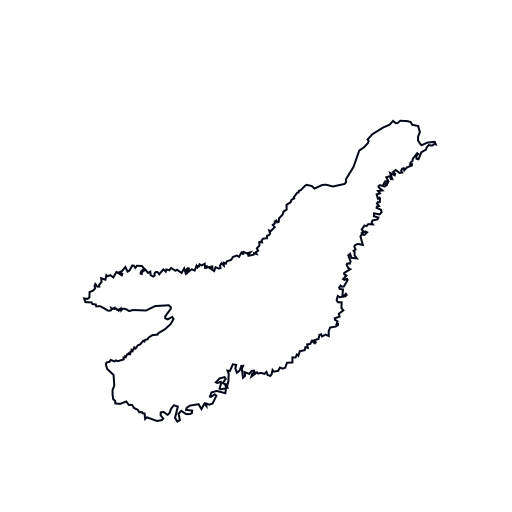 Seate, Mokhotlong, Lesotho, rotated 39°
{"feature_id": "5366337B91839727568065", "entity_name": "Seate", "entity_type": "district", "adm_level": 2, "iso_a3": "LSO", "parent_name": "Lesotho", "parent_adm1": "Mokhotlong", "projection": "equal_earth", "projection_center": [28.771, -29.06], "detail": "fine", "context": "isolated", "style": "outline", "palette": "ink", "viewbox_px": 512, "rotation_deg": 39, "n_neighbors": 0, "source": "geoboundaries", "source_scale": "gbopen_adm2", "svg_char_len": 6120}
<svg xmlns="http://www.w3.org/2000/svg" viewBox="0 0 512 512"><g transform="rotate(39 256 256)"><path d="M309.9,409.3L308.8,403.1L311.9,403.8L310.2,402.0L313.3,400.9L315.1,397.9L313.1,389.5L310.9,389.6L309.7,393.9L308.6,394.3L307.3,390.0L310.4,385.6L318.5,381.9L316.7,378.9L315.3,378.5L312.4,381.9L311.1,382.0L309.2,377.3L307.7,376.0L306.0,379.0L304.3,379.4L304.7,374.1L307.8,369.9L309.8,370.5L310.1,375.5L312.8,375.3L316.1,377.2L316.9,376.3L313.7,374.4L314.8,373.9L313.6,371.1L308.9,364.7L306.0,363.0L308.1,361.9L306.2,354.7L309.2,353.1L310.7,356.4L314.6,358.7L315.4,355.2L313.8,350.8L315.1,349.5L315.9,352.5L322.5,358.8L322.9,356.0L320.2,353.4L324.9,351.9L324.9,348.0L326.7,346.3L327.9,347.0L327.2,350.0L328.3,352.6L330.0,345.8L331.5,346.1L333.7,343.5L336.8,342.3L337.0,339.5L339.9,341.2L342.6,340.2L342.6,338.1L340.6,334.2L342.6,334.6L345.5,331.4L344.8,327.6L347.4,326.9L349.0,324.5L347.3,319.5L351.3,315.8L348.1,311.9L350.6,310.0L349.8,306.8L351.7,306.9L350.0,302.4L353.1,298.5L351.8,295.7L354.1,294.8L351.4,292.5L353.5,290.2L352.8,286.9L356.7,286.8L356.7,285.4L354.0,285.2L356.8,281.2L354.9,277.3L355.8,275.9L357.9,277.0L359.5,273.3L362.9,272.4L359.9,268.8L358.6,265.0L362.3,260.7L363.2,258.1L362.5,257.1L361.4,258.1L360.5,255.5L357.6,255.9L356.4,254.9L359.1,250.5L356.7,248.8L358.1,243.3L355.2,242.7L351.7,238.1L348.7,240.4L346.4,239.5L344.7,235.6L347.1,235.3L350.8,231.0L351.0,229.3L349.6,228.8L349.4,231.5L348.1,232.4L344.7,227.3L341.8,228.9L340.5,228.2L340.3,225.8L342.0,225.9L343.5,224.3L342.3,216.9L341.1,216.5L339.7,219.0L338.2,219.1L338.6,214.3L336.1,214.7L335.2,213.6L337.6,206.9L335.3,207.3L331.9,205.8L331.6,204.4L333.7,202.9L332.9,200.7L327.3,197.4L327.7,195.1L331.5,197.3L335.9,194.4L332.3,193.5L330.2,190.9L328.6,190.6L329.3,188.3L326.4,186.7L326.2,184.9L327.8,182.3L332.1,180.2L324.8,175.0L324.6,172.9L327.0,171.3L327.4,167.7L325.5,168.2L323.6,172.4L323.8,169.2L321.5,168.9L321.1,164.1L323.1,163.1L323.2,160.6L326.9,157.9L324.9,157.4L324.2,155.0L327.4,151.1L326.9,149.1L322.6,150.9L320.9,148.5L325.9,145.9L326.1,143.0L324.0,141.4L319.5,142.7L318.8,141.6L320.2,139.7L316.9,139.1L316.7,137.6L318.3,136.3L316.1,133.1L315.4,132.9L314.8,134.8L311.0,132.2L312.9,129.3L309.9,128.7L313.0,125.5L308.0,125.4L307.2,124.5L307.8,122.9L312.2,121.0L313.0,118.6L312.4,116.5L310.0,119.8L309.3,116.9L311.6,114.5L307.7,112.8L309.8,109.7L312.4,111.4L313.6,110.5L308.0,107.1L313.0,106.0L312.5,104.7L309.7,104.4L310.5,101.2L315.2,101.1L317.1,99.2L315.0,98.2L314.7,96.1L315.6,94.8L317.3,96.1L317.6,92.1L320.2,87.6L319.5,86.5L318.2,87.8L317.3,86.2L317.8,83.6L316.7,81.9L316.6,74.7L317.8,74.6L317.7,77.5L319.6,79.4L321.4,78.6L319.2,71.3L321.2,66.2L320.3,64.4L320.5,61.0L323.3,59.5L324.0,56.9L325.5,56.1L323.0,54.8L317.8,60.1L315.0,65.7L312.9,65.5L309.1,64.2L306.8,61.1L305.4,56.6L300.2,52.9L295.0,55.7L291.7,54.6L288.5,56.1L283.0,60.1L282.4,63.6L280.9,64.9L277.5,64.7L277.2,69.9L274.0,76.0L269.8,88.1L269.4,95.2L271.2,95.8L271.9,97.7L271.6,103.2L269.9,109.1L275.7,125.4L277.6,139.8L279.6,142.1L279.4,144.4L272.0,153.6L265.6,156.5L262.8,159.1L259.0,166.8L255.4,166.5L250.6,168.8L250.0,170.2L249.3,176.7L248.3,178.6L249.1,179.9L248.2,180.9L248.4,186.6L249.5,187.2L248.2,189.8L249.1,192.5L247.5,196.9L250.6,200.7L249.4,204.0L250.6,207.1L250.2,212.2L252.2,215.3L251.2,216.6L249.4,215.7L248.8,217.4L250.1,218.9L249.5,221.3L252.4,221.8L251.8,227.3L250.2,227.9L252.8,229.6L253.0,231.6L251.8,233.2L253.3,235.4L250.6,238.0L250.6,240.5L252.1,241.6L249.8,243.0L252.1,245.8L251.8,249.5L254.3,250.5L253.4,253.4L255.2,254.1L252.6,255.2L253.3,256.5L250.0,260.6L249.1,260.0L249.3,256.7L247.0,259.8L243.7,260.6L243.4,261.6L245.5,262.7L242.5,262.4L243.4,267.3L240.9,267.6L238.7,271.1L239.1,274.6L236.6,278.8L237.4,280.9L235.2,281.5L237.1,283.7L233.7,283.4L234.1,286.2L236.0,287.6L235.0,289.2L231.6,290.2L233.0,294.0L227.7,294.5L229.7,292.8L228.6,291.6L225.2,295.7L223.6,294.3L224.7,296.8L224.0,297.3L221.0,294.3L219.8,297.5L217.4,298.0L218.2,299.8L217.4,300.2L217.7,301.6L215.9,300.9L217.5,305.9L214.4,306.8L213.4,310.9L211.5,307.9L210.5,308.6L210.5,310.2L213.3,312.7L212.9,314.1L208.0,310.9L208.8,316.0L203.3,316.4L202.7,318.1L197.5,318.8L197.7,321.6L194.8,322.9L195.7,324.9L192.4,324.7L192.3,331.1L189.7,330.4L188.2,331.5L188.1,333.3L189.6,335.2L188.9,336.8L186.0,337.1L183.7,334.7L182.7,337.1L178.6,336.2L177.5,340.4L178.5,341.9L177.3,342.3L176.5,340.7L176.9,336.2L173.6,335.6L169.6,338.5L169.7,341.1L167.0,340.4L165.8,341.2L166.8,347.1L166.0,349.0L161.4,346.8L161.4,351.8L159.7,355.1L163.2,353.9L163.9,355.5L157.6,356.2L158.6,362.5L154.9,362.6L153.3,365.2L151.8,365.1L153.9,369.2L149.7,370.7L152.2,373.2L152.3,377.2L153.5,378.4L151.9,379.7L148.8,378.9L149.3,380.8L151.4,382.5L151.3,385.0L149.4,388.8L152.6,393.1L152.0,395.5L149.1,397.1L152.5,399.2L157.5,395.5L159.1,396.3L162.0,394.5L163.5,395.7L166.6,393.0L175.7,391.5L177.4,389.7L177.5,388.1L176.4,387.5L177.8,387.3L178.7,385.3L179.4,386.1L180.5,384.8L182.2,385.3L182.9,384.0L183.8,384.6L184.0,381.9L185.5,383.2L185.6,380.9L187.7,379.3L192.1,378.6L194.4,375.4L204.9,367.5L209.1,358.4L219.2,349.2L222.0,349.4L223.0,350.5L223.4,360.0L224.7,361.5L227.2,360.9L229.2,356.1L231.6,356.9L232.5,362.8L231.3,370.4L228.6,377.6L229.0,379.0L225.3,382.7L223.8,387.2L224.2,389.0L222.6,390.8L223.1,392.6L221.7,392.8L221.6,397.7L220.4,399.7L220.6,403.7L218.9,403.6L219.7,406.1L218.4,407.0L219.9,407.9L218.6,409.3L219.5,410.5L218.6,411.3L219.7,411.8L217.7,413.5L218.2,415.6L217.5,416.1L218.4,416.8L216.9,418.2L218.3,419.6L214.8,424.7L212.8,425.3L212.5,426.9L208.5,428.2L208.7,430.6L206.9,432.7L207.4,434.6L211.4,437.4L220.2,438.1L227.5,446.0L228.8,450.3L231.8,454.0L235.1,457.1L237.7,457.2L239.5,459.1L243.5,456.4L246.7,450.7L250.9,451.8L253.4,449.7L257.0,450.9L261.0,449.9L263.7,450.9L265.7,449.0L266.9,449.6L268.5,448.5L272.4,452.4L272.8,450.0L282.9,446.5L286.1,442.8L286.2,440.7L282.1,439.8L280.4,437.5L282.1,435.4L287.2,435.1L287.6,432.5L286.1,427.9L286.1,423.7L290.0,422.2L295.0,432.8L299.1,434.2L300.1,431.4L295.1,427.3L295.3,423.4L301.3,422.8L304.2,420.3L305.0,418.3L303.7,416.3L298.5,419.6L297.7,417.8L298.7,414.0L304.6,407.3L309.9,409.3Z" fill="none" stroke="#020617" stroke-width="2"/></g></svg>